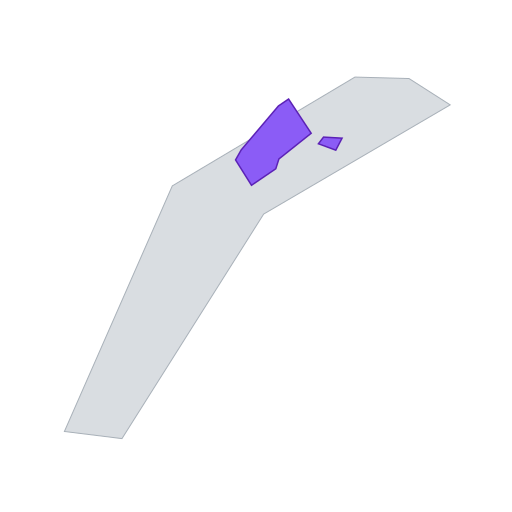 location of Paget within Bermuda, rotated 174°
{"feature_id": "BMU-5138", "entity_name": "Paget", "entity_type": "state/province", "adm_level": 1, "iso_a3": "BMU", "parent_name": "Bermuda", "parent_adm1": "", "projection": "natural_earth1", "projection_center": [-64.789, 32.281], "detail": "fine", "context": "in_parent", "style": "filled", "palette": "violet", "viewbox_px": 512, "rotation_deg": 174, "n_neighbors": 0, "source": "natural_earth", "source_scale": "10m", "svg_char_len": 495}
<svg xmlns="http://www.w3.org/2000/svg" viewBox="0 0 512 512"><g transform="rotate(174 256 256)"><path d="M331.9,334.5L138.9,423.6L85.3,416.5L47.1,386.0L244.0,296.9L408.4,88.4L464.9,101.5L331.9,334.5Z" fill="#d9dde1" stroke="#a8b0b8" stroke-width="1"/><path d="M188.3,372.3L223.1,350.1L227.2,340.7L253.1,326.8L266.3,353.7L259.6,363.1L218.0,402.9L207.2,408.7L188.3,372.3ZM165.6,352.9L182.2,361.1L176.4,367.2L158.1,364.2L165.6,352.9Z" fill="#8b5cf6" stroke="#5b21b6" stroke-width="1.5"/></g></svg>